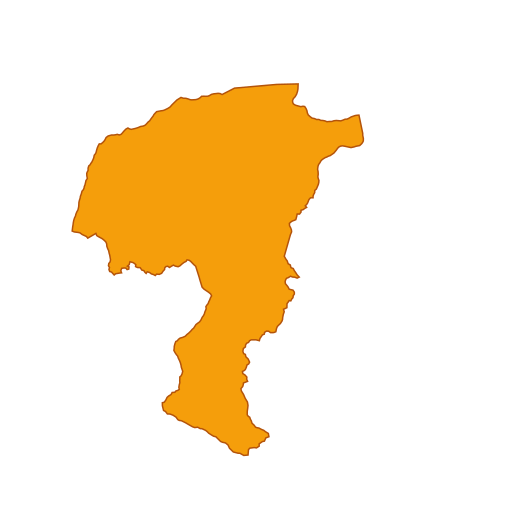 Montividiu, Goiás, Brazil, rotated 154°
{"feature_id": "56859067B59325269621786", "entity_name": "Montividiu", "entity_type": "district", "adm_level": 2, "iso_a3": "BRA", "parent_name": "Brazil", "parent_adm1": "Goiás", "projection": "natural_earth1", "projection_center": [-51.165, -17.245], "detail": "fine", "context": "isolated", "style": "filled", "palette": "amber", "viewbox_px": 512, "rotation_deg": 154, "n_neighbors": 0, "source": "geoboundaries", "source_scale": "gbopen_adm2", "svg_char_len": 6148}
<svg xmlns="http://www.w3.org/2000/svg" viewBox="0 0 512 512"><g transform="rotate(154 256 256)"><path d="M106.3,319.5L101.7,337.5L103.7,338.3L105.4,338.8L109.5,339.3L111.8,339.1L114.1,339.1L116.0,339.9L118.2,340.0L120.6,340.3L124.4,342.6L126.7,343.4L128.9,343.7L131.5,344.9L133.4,345.6L134.8,347.2L136.5,348.5L138.3,349.5L139.7,351.2L141.7,352.1L143.2,353.9L145.1,355.3L146.2,357.4L147.2,359.9L147.1,362.1L146.5,364.4L146.4,366.6L146.7,369.0L148.1,370.0L150.3,370.6L154.4,374.2L155.7,376.2L155.7,378.0L155.0,379.7L153.4,381.1L151.0,382.0L148.6,383.6L146.5,385.8L145.1,387.7L142.7,392.2L162.1,401.1L201.7,416.3L215.7,416.0L217.0,417.7L218.7,418.8L220.7,419.5L222.9,420.3L225.2,420.8L227.4,420.6L229.1,420.7L230.8,421.4L232.9,422.5L234.9,423.4L236.6,422.8L238.1,422.6L239.9,422.6L241.7,423.0L245.3,424.5L246.7,425.4L248.1,426.9L249.9,428.5L252.2,429.7L253.9,431.4L258.7,430.9L265.3,428.7L267.9,427.6L270.5,427.3L274.3,427.3L275.8,427.5L277.9,428.2L282.0,429.3L283.7,428.7L285.7,427.9L286.9,427.0L290.3,425.3L292.3,424.1L294.0,423.8L295.9,423.0L298.0,422.2L300.3,422.2L303.0,423.0L305.5,423.1L307.0,423.3L308.8,423.6L312.6,424.5L314.0,425.7L315.0,427.2L317.3,427.1L319.6,426.3L323.7,424.5L325.8,424.7L327.4,426.2L329.0,426.5L330.9,427.1L332.9,428.1L336.3,428.7L338.8,428.2L340.7,426.7L342.3,425.8L344.0,425.2L346.1,424.7L347.7,425.5L349.3,424.4L351.3,422.7L353.2,420.6L354.4,419.1L355.8,418.1L357.2,417.5L358.7,415.5L360.1,414.2L362.2,412.5L363.9,411.6L365.2,410.7L366.8,410.3L368.4,408.6L369.4,406.5L370.7,405.6L371.9,404.5L372.9,402.2L373.6,399.6L375.7,398.4L378.5,394.9L379.8,393.8L380.8,392.4L382.1,391.3L384.0,390.5L385.8,388.4L387.7,386.6L388.7,385.1L390.1,383.7L391.6,381.9L392.7,379.9L393.8,378.0L395.8,375.5L397.7,374.2L399.6,372.5L400.7,371.1L402.4,369.8L404.3,367.8L405.7,365.9L406.8,364.2L407.9,362.7L410.3,359.0L408.8,357.3L405.6,355.2L404.1,354.0L402.8,351.5L399.8,347.8L399.4,345.8L390.0,346.5L390.2,344.2L389.3,342.7L386.6,338.9L385.5,336.5L384.8,334.4L384.9,332.4L385.8,330.1L386.1,327.6L386.1,325.5L386.8,322.7L387.1,320.9L388.4,316.4L389.7,314.7L391.6,313.8L392.9,311.9L392.7,310.0L394.1,308.3L394.3,306.2L392.9,304.9L391.8,301.1L390.0,301.6L385.9,300.4L384.2,299.8L384.0,302.0L382.1,303.8L379.9,303.1L378.3,302.2L377.8,300.3L376.1,300.0L374.9,301.9L376.0,303.3L373.8,303.8L371.8,306.1L369.2,303.8L367.8,301.0L368.9,299.3L367.6,297.6L365.2,296.3L364.8,293.4L363.2,292.0L363.0,290.1L362.4,288.5L360.7,289.5L358.9,287.8L357.9,285.8L356.3,284.3L355.1,282.6L353.3,283.3L351.0,281.9L348.4,281.8L346.2,283.1L344.1,283.9L343.2,285.4L341.6,286.0L339.8,285.5L338.8,283.6L336.3,283.9L334.2,284.0L333.1,282.4L330.7,280.5L328.7,280.5L325.9,281.3L323.4,281.8L321.2,281.8L319.7,282.8L318.0,281.5L317.1,279.9L315.7,275.6L314.7,273.2L316.4,261.8L316.8,259.8L318.1,251.6L317.3,249.1L314.5,244.2L313.4,241.8L313.4,239.6L315.1,238.5L316.9,236.8L318.6,235.5L319.9,234.2L321.3,233.6L323.2,232.5L323.9,230.4L326.7,227.9L327.8,226.6L329.4,225.4L331.2,224.5L333.7,222.5L335.7,221.5L337.6,221.2L340.0,220.7L343.8,218.4L345.3,218.1L347.6,217.1L350.3,216.2L352.6,215.7L354.7,214.9L357.6,215.0L360.2,215.5L362.3,215.1L363.8,214.3L365.6,214.3L367.5,212.5L369.1,210.6L370.0,208.9L371.2,207.1L371.1,204.6L370.8,202.3L370.3,200.4L370.6,198.3L370.6,195.3L370.8,193.1L371.2,190.9L371.9,188.6L372.4,184.5L374.2,182.4L375.9,181.1L377.5,180.7L378.3,179.0L379.2,177.4L380.0,175.5L381.5,173.8L382.9,171.8L383.4,169.8L385.1,169.5L387.2,169.8L388.7,169.1L391.2,170.1L393.1,168.7L395.8,168.5L397.9,167.9L400.0,166.2L402.5,164.8L404.5,165.2L405.8,162.4L406.8,157.7L405.5,155.9L404.9,152.9L402.5,151.6L400.3,149.2L398.5,146.2L398.0,143.2L397.1,141.9L395.2,140.6L392.5,137.1L390.9,134.7L387.9,130.3L386.2,128.6L383.5,127.7L381.8,125.3L380.2,124.4L377.7,121.3L376.8,119.4L376.2,117.5L374.1,114.1L373.1,112.6L371.3,111.1L370.2,107.9L369.1,104.8L367.8,103.3L365.4,101.4L364.0,98.4L364.1,94.8L362.3,89.8L358.7,86.7L356.9,85.7L354.4,82.1L350.4,80.6L347.6,85.3L345.7,86.0L343.4,85.2L341.6,84.6L339.7,83.3L336.5,83.7L335.5,85.8L331.6,86.4L329.6,85.9L326.9,88.2L323.6,87.9L322.7,91.1L324.6,94.1L325.5,96.0L326.8,97.4L327.8,98.7L328.7,100.0L330.3,101.2L331.5,102.4L331.8,104.6L332.9,107.5L332.5,109.8L332.6,111.8L332.3,113.8L333.2,115.3L333.5,117.1L331.9,120.3L330.2,122.8L328.7,125.2L327.7,128.5L328.1,132.9L327.9,137.0L328.3,141.1L327.7,143.4L325.2,144.5L323.9,145.9L322.9,147.4L318.5,147.0L318.4,149.3L317.3,151.2L318.1,154.0L319.4,156.1L318.8,158.2L316.9,158.2L315.4,158.6L313.5,160.2L311.9,162.0L309.9,162.2L308.3,163.4L308.2,166.9L309.3,169.9L308.7,172.2L309.9,173.7L309.6,176.1L307.9,178.4L305.4,178.9L304.3,180.7L302.6,181.7L300.6,181.6L298.9,182.7L296.9,182.7L294.5,181.5L292.8,180.7L290.1,178.4L288.7,180.1L286.9,181.1L284.8,182.3L282.8,182.1L281.8,183.6L279.5,183.9L277.6,182.8L276.5,180.7L273.7,179.4L271.4,179.2L269.3,181.9L267.7,183.3L265.4,184.1L263.7,184.6L261.2,186.1L259.9,187.4L259.0,189.0L257.0,191.6L255.1,193.5L254.6,196.1L253.1,196.0L250.9,196.0L249.0,199.6L247.2,200.5L245.7,201.4L244.4,200.4L242.8,201.6L241.1,202.3L239.9,204.0L238.2,205.0L237.4,206.7L237.7,209.1L240.7,211.6L240.8,214.5L241.7,218.3L241.0,220.3L239.4,222.0L238.0,222.6L236.4,222.4L233.9,222.7L232.3,221.0L230.6,220.1L228.7,218.1L226.4,218.1L227.3,221.0L227.6,223.8L228.0,226.1L228.0,228.4L229.7,230.2L229.1,232.9L230.5,235.0L230.1,237.9L230.5,239.9L230.7,243.4L215.7,260.1L213.4,262.1L212.7,264.0L212.5,266.4L212.6,268.4L211.7,270.7L209.6,271.3L207.8,271.5L206.3,271.3L204.3,271.2L202.2,273.6L200.6,275.7L198.5,274.6L196.3,275.7L195.5,277.4L193.3,277.0L191.3,277.4L189.2,277.5L189.7,279.5L187.9,280.1L186.4,281.0L183.7,283.5L181.5,284.4L179.2,283.3L178.4,284.9L177.0,286.2L175.5,287.2L174.4,289.2L172.4,289.7L168.6,293.0L167.3,294.6L166.3,296.4L166.1,298.3L165.7,300.0L164.2,302.3L163.2,304.7L162.6,307.0L161.0,309.4L159.6,310.8L157.7,311.8L156.0,313.0L154.4,313.6L152.6,313.9L150.6,314.1L148.9,313.9L147.4,314.0L145.3,313.7L140.8,314.4L137.1,316.1L135.5,317.0L133.9,317.6L132.0,317.7L130.0,317.1L127.9,315.6L123.1,311.8L119.8,311.0L118.1,310.8L114.4,309.8L111.8,310.6L110.3,311.4L109.1,312.4L108.0,314.5L107.2,317.6L106.3,319.5Z" fill="#f59e0b" stroke="#b45309" stroke-width="1.5"/></g></svg>